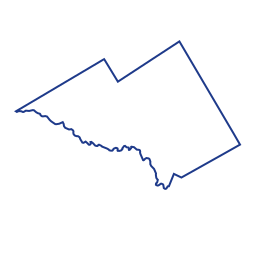 the district of Webb, Texas, United States of America, rotated 330°
{"feature_id": "52423323B96012126646205", "entity_name": "Webb", "entity_type": "district", "adm_level": 2, "iso_a3": "USA", "parent_name": "United States of America", "parent_adm1": "Texas", "projection": "natural_earth1", "projection_center": [-99.706, 27.732], "detail": "fine", "context": "isolated", "style": "outline", "palette": "blue", "viewbox_px": 256, "rotation_deg": 330, "n_neighbors": 0, "source": "geoboundaries", "source_scale": "gbopen_adm2", "svg_char_len": 1818}
<svg xmlns="http://www.w3.org/2000/svg" viewBox="0 0 256 256"><g transform="rotate(330 128 128)"><path d="M51.6,57.4L39.3,57.5L39.8,58.5L41.2,58.6L42.6,59.2L44.0,60.2L44.8,61.4L45.7,61.9L48.2,61.9L50.9,63.8L54.5,64.9L55.4,65.6L56.4,68.5L57.4,70.2L58.8,71.6L58.9,72.1L58.7,73.1L59.2,74.6L60.1,75.4L62.3,76.3L63.6,77.6L64.2,81.8L64.8,83.8L66.9,88.2L67.7,88.8L70.5,89.9L74.4,90.3L74.3,92.3L73.5,94.4L73.7,96.4L76.2,99.8L78.4,100.7L78.9,101.9L79.2,102.7L79.1,103.6L78.2,104.9L77.8,106.3L78.2,108.0L79.2,109.2L80.6,110.1L81.2,111.3L81.4,112.0L81.1,114.0L81.2,117.8L82.1,118.6L84.5,118.6L85.3,120.9L85.7,122.8L86.5,123.4L87.7,123.1L88.1,122.8L88.5,121.4L89.3,121.7L90.2,124.0L90.7,126.6L91.4,127.5L92.3,128.2L92.7,128.3L94.0,127.8L94.6,128.0L96.1,130.3L96.2,131.1L99.4,135.1L100.5,136.9L100.7,138.0L102.0,139.2L102.9,139.7L103.5,139.7L105.2,138.8L107.3,139.0L108.2,139.6L108.7,140.5L108.5,141.2L107.8,142.0L107.7,142.6L109.2,143.6L111.1,144.0L112.8,143.3L112.9,142.8L115.5,141.7L116.5,142.0L117.1,143.9L117.9,144.7L118.7,145.2L118.7,146.5L117.9,147.1L117.9,147.5L118.5,147.7L120.6,147.0L121.1,146.7L121.4,145.9L121.6,145.9L123.6,147.6L124.8,151.1L125.5,151.6L126.5,152.3L127.0,152.9L127.1,153.5L126.7,154.6L126.2,155.2L125.8,156.5L125.0,163.4L125.3,163.7L126.1,163.7L126.9,163.3L128.9,163.2L130.6,164.6L131.0,165.4L131.0,166.0L130.6,168.2L130.3,168.6L129.2,170.6L129.1,172.5L130.1,176.5L129.5,181.4L128.7,182.5L127.6,185.3L127.6,186.2L127.9,187.8L125.9,189.8L124.6,190.0L123.8,191.1L124.0,191.7L124.8,192.6L125.6,192.9L127.1,192.9L128.3,192.6L129.2,193.0L130.1,194.3L130.1,195.0L129.0,197.9L129.5,199.0L130.1,199.5L131.0,199.6L133.2,198.4L134.3,198.9L144.8,190.7L149.5,197.6L197.0,198.2L216.7,198.4L216.7,185.4L215.8,78.7L142.4,82.8L141.8,57.4L141.7,56.4L51.6,57.4Z" fill="none" stroke="#1e3a8a" stroke-width="2"/></g></svg>